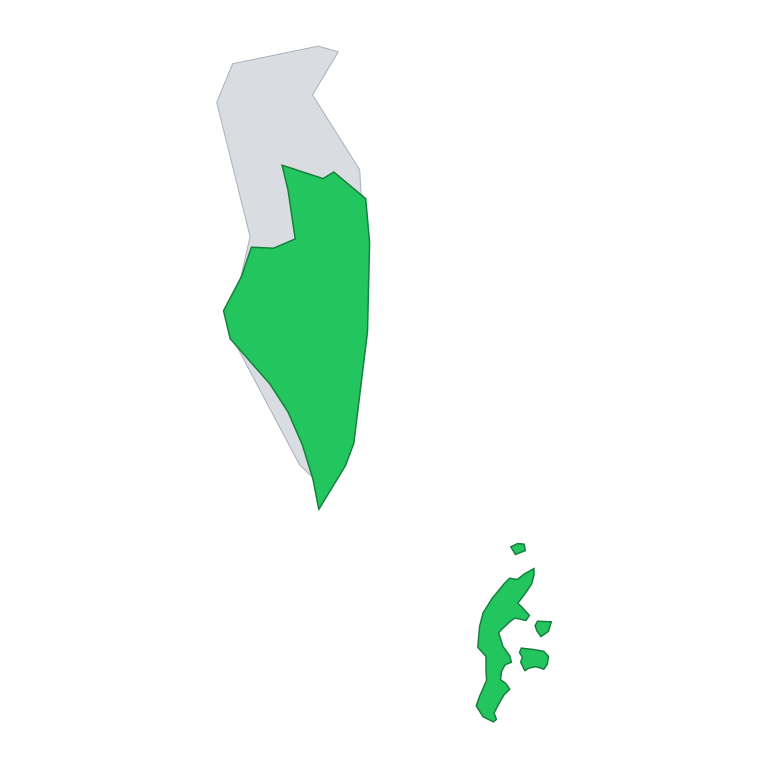 Al Janūbīyah highlighted on a map of Bahrain
{"feature_id": "BHR-4926", "entity_name": "Al Janūbīyah", "entity_type": "Governorate", "adm_level": 1, "iso_a3": "BHR", "parent_name": "Bahrain", "parent_adm1": "", "projection": "orthographic", "projection_center": [50.722, 25.854], "detail": "fine", "context": "in_parent", "style": "filled", "palette": "green", "viewbox_px": 768, "rotation_deg": 0, "n_neighbors": 0, "source": "natural_earth", "source_scale": "10m", "svg_char_len": 1454}
<svg xmlns="http://www.w3.org/2000/svg" viewBox="0 0 768 768"><path d="M357.2,414.5L327.6,491.8L299.5,464.7L228.5,330.7L250.1,236.6L216.7,102.3L232.7,63.7L318.3,46.1L338.2,51.9L312.5,94.9L359.7,169.8L366.7,293.6L357.2,414.5Z" fill="#d9dde1" stroke="#a8b0b8" stroke-width="1"/><path d="M365.7,198.7L369.6,242.3L367.5,331.7L353.8,443.4L345.5,465.6L319.0,509.1L318.8,509.3L312.8,478.6L302.4,445.0L288.1,412.2L269.9,384.0L230.2,338.8L223.5,310.7L241.4,276.7L246.4,261.9L251.4,247.2L273.6,248.2L295.2,238.9L288.1,190.6L282.1,165.2L323.0,178.6L333.8,172.0L365.7,198.7ZM509.7,578.2L517.2,579.5L524.7,573.7L533.9,568.6L534.0,575.0L531.6,584.0L524.7,594.2L517.8,603.2L522.4,607.7L529.4,615.4L525.9,620.5L514.9,618.0L509.7,621.8L502.2,628.9L498.7,632.7L502.8,646.2L509.7,655.8L511.4,662.2L505.1,664.8L501.6,671.2L500.5,679.6L505.7,683.4L509.7,689.2L503.9,695.0L498.7,704.0L494.1,712.9L496.4,719.4L493.5,721.9L483.1,716.8L476.2,705.9L479.6,696.3L486.6,680.2L486.0,670.6L486.0,656.5L477.9,647.5L478.5,638.5L479.6,626.3L483.1,612.9L492.3,598.1L504.5,583.3L509.7,578.2ZM527.1,648.8L532.8,649.4L543.8,651.3L548.5,656.5L547.3,664.2L543.8,669.3L540.4,668.0L535.7,666.7L529.4,668.0L524.8,670.6L520.7,662.2L522.4,657.1L519.5,652.6L521.3,648.1L527.1,648.8ZM537.5,621.2L551.3,621.8L548.4,631.4L540.9,636.6L536.9,630.8L535.1,625.7L537.5,621.2ZM510.8,546.8L517.8,543.5L524.1,544.2L525.3,550.6L515.4,554.5L510.8,546.8Z" fill="#22c55e" stroke="#15803d" stroke-width="1.5"/></svg>